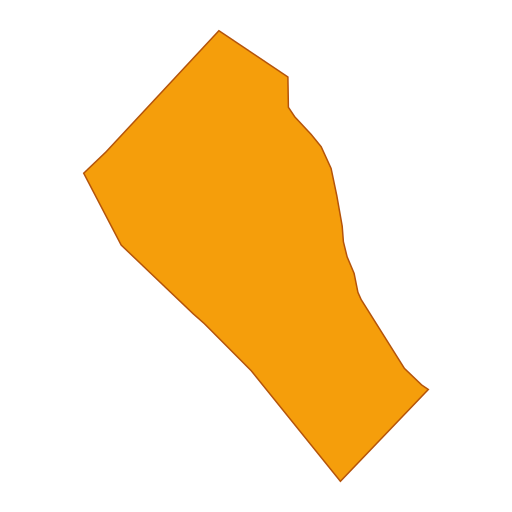 the district of Haumaefa, Tuvalu
{"feature_id": "33948139B30087839008054", "entity_name": "Haumaefa", "entity_type": "district", "adm_level": 2, "iso_a3": "TUV", "parent_name": "Tuvalu", "parent_adm1": "", "projection": "equal_earth", "projection_center": [176.117, -5.676], "detail": "fine", "context": "isolated", "style": "filled", "palette": "amber", "viewbox_px": 512, "rotation_deg": 0, "n_neighbors": 0, "source": "geoboundaries", "source_scale": "gbopen_adm2", "svg_char_len": 440}
<svg xmlns="http://www.w3.org/2000/svg" viewBox="0 0 512 512"><path d="M83.7,173.2L121.2,245.1L193.4,314.0L204.1,323.4L251.1,370.6L286.9,415.0L340.4,481.3L428.3,389.5L421.7,385.0L404.4,368.4L361.1,299.5L357.9,292.3L354.1,273.4L347.1,256.8L343.4,241.8L342.2,226.2L336.8,195.7L331.1,168.5L321.2,146.8L311.3,134.6L294.8,116.9L288.4,107.3L287.9,77.0L218.9,30.7L105.9,152.0L83.7,173.2Z" fill="#f59e0b" stroke="#b45309" stroke-width="1.5"/></svg>